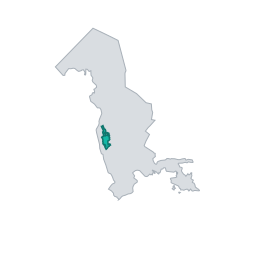 location of Jondor, Bukhoro, Uzbekistan, rotated 39°
{"feature_id": "79887680B67164743475948", "entity_name": "Jondor", "entity_type": "district", "adm_level": 2, "iso_a3": "UZB", "parent_name": "Uzbekistan", "parent_adm1": "Bukhoro", "projection": "orthographic", "projection_center": [63.66, 39.945], "detail": "fine", "context": "in_parent", "style": "filled", "palette": "teal", "viewbox_px": 256, "rotation_deg": 39, "n_neighbors": 0, "source": "geoboundaries", "source_scale": "gbopen_adm2", "svg_char_len": 5162}
<svg xmlns="http://www.w3.org/2000/svg" viewBox="0 0 256 256"><g transform="rotate(39 128 128)"><path d="M194.6,114.4L197.9,112.4L199.9,113.4L200.1,114.0L198.1,115.4L196.3,116.3L195.8,117.9L194.0,118.7L192.3,121.1L189.4,123.6L189.4,124.0L189.7,124.4L190.7,124.6L192.8,125.7L194.7,124.8L195.1,124.9L195.7,125.6L196.4,127.6L197.3,128.1L200.1,128.9L202.2,128.7L203.3,129.1L203.4,128.9L203.3,125.8L204.2,126.3L205.1,125.8L205.3,124.3L205.1,123.3L205.7,122.7L206.1,123.0L206.2,123.9L207.3,124.4L208.1,125.9L208.5,127.5L210.4,127.8L211.1,127.4L211.7,127.6L212.1,129.7L212.4,129.8L214.0,129.3L215.7,130.0L217.5,131.5L219.4,131.4L219.9,131.6L221.2,131.2L222.8,131.5L222.9,131.8L222.7,132.2L219.1,134.6L218.2,136.1L217.4,136.6L215.1,136.0L214.9,136.9L215.3,137.7L214.9,138.7L213.7,138.4L213.4,138.0L212.3,138.4L211.2,139.9L210.6,141.2L209.4,141.7L207.9,143.0L207.1,142.1L205.9,142.4L204.2,141.5L203.4,141.4L196.2,143.3L195.6,143.1L194.7,141.6L192.9,140.8L192.9,140.0L196.3,136.4L196.7,135.3L195.4,134.8L195.5,133.9L192.9,131.4L192.5,131.3L192.2,131.4L191.4,133.5L185.2,137.4L184.3,137.1L182.8,135.9L181.8,135.5L180.7,136.7L180.8,138.0L179.7,139.1L181.0,142.5L180.9,143.0L180.1,143.1L180.8,144.4L180.3,144.6L177.2,144.3L173.6,145.3L173.8,145.9L177.0,145.6L177.4,145.8L177.5,146.2L177.3,146.5L175.7,146.9L175.5,147.5L176.5,149.0L176.1,149.3L175.5,149.1L175.1,150.1L174.0,150.1L173.6,153.2L172.7,154.3L171.5,154.8L163.8,153.8L161.8,154.9L160.6,156.3L159.8,159.6L159.9,160.0L163.3,161.1L163.9,163.1L167.9,163.0L168.6,163.3L168.9,163.8L169.2,164.4L168.2,167.7L168.8,170.5L169.5,171.8L172.0,174.2L171.9,175.6L171.5,176.9L170.8,178.0L170.1,178.5L169.2,179.9L168.4,181.6L166.8,183.9L166.3,185.2L166.2,188.7L165.8,189.8L165.7,189.4L165.1,189.0L163.3,189.0L162.9,188.6L160.7,189.5L159.2,189.2L157.7,187.8L154.8,187.3L151.3,187.8L151.0,184.1L151.1,181.4L152.2,179.2L152.2,178.8L151.6,178.0L149.4,177.5L146.9,175.9L144.5,174.8L143.2,174.5L141.7,175.1L140.4,175.0L134.1,170.7L128.8,167.6L125.2,164.3L123.5,164.7L119.0,161.7L116.0,158.5L106.4,151.3L104.5,149.6L104.1,148.7L103.4,144.3L102.5,142.3L101.3,141.2L100.3,139.1L98.8,134.0L98.3,133.0L95.5,130.8L93.9,130.2L92.6,130.6L92.0,131.4L91.0,131.5L86.9,130.5L82.3,130.7L78.4,127.9L78.2,127.5L78.2,126.8L79.0,125.1L78.9,124.3L78.4,123.5L78.5,122.6L78.8,122.2L79.6,122.3L79.9,122.0L79.8,121.6L78.9,120.5L77.1,119.4L77.5,118.8L77.7,117.1L78.0,116.3L77.8,115.9L76.4,114.7L72.0,114.4L71.0,114.0L70.2,113.5L69.4,111.6L69.0,111.1L66.0,110.2L63.1,106.9L62.4,108.3L61.8,108.5L59.4,108.0L58.2,108.8L60.9,112.2L61.5,113.2L61.4,113.8L60.6,113.9L59.9,112.3L59.5,111.8L56.8,110.8L55.8,111.7L55.5,113.0L54.1,115.0L52.7,115.3L49.4,115.2L48.4,115.6L47.7,116.1L46.3,117.9L44.5,119.2L44.7,125.2L45.7,126.8L44.5,128.0L33.1,126.2L38.0,72.5L53.9,68.7L65.2,66.2L89.9,84.3L90.5,85.0L90.8,86.5L91.4,87.6L100.0,97.8L113.0,95.9L126.1,97.0L131.0,94.6L135.0,98.9L137.4,100.4L140.9,106.7L144.1,105.0L143.7,112.6L143.4,114.9L143.5,119.5L148.8,119.5L150.2,126.8L151.6,131.4L152.7,131.9L162.9,130.8L163.7,131.1L165.1,130.6L166.1,132.0L167.2,132.9L166.6,136.2L167.9,137.4L170.8,138.8L172.6,138.6L172.9,138.1L172.8,137.3L172.3,136.6L172.3,135.6L172.5,134.9L174.1,132.4L176.7,129.8L177.3,128.9L177.4,127.4L178.3,126.5L180.6,125.4L180.9,124.6L183.7,122.5L186.8,121.1L188.2,120.0L189.5,118.0L191.4,115.9L192.2,115.9L192.8,116.4L193.3,116.4L194.6,114.4ZM195.3,132.5L194.9,131.6L194.4,131.3L194.1,131.4L195.0,132.5L195.3,132.5ZM202.8,147.3L200.6,147.4L200.8,146.0L200.0,145.4L199.8,144.7L199.9,144.0L200.4,143.7L201.1,144.7L202.8,145.0L202.3,146.0L202.8,147.1L202.8,147.3ZM209.2,145.2L208.9,146.5L207.9,146.1L208.0,145.7L209.2,145.2Z" fill="#d9dde1" stroke="#a8b0b8" stroke-width="1"/><path d="M113.6,145.6L113.5,145.3L112.6,144.3L111.2,143.4L110.9,143.5L110.7,143.7L109.8,143.5L107.0,141.9L106.8,142.5L106.8,143.1L106.4,143.5L107.5,144.1L109.0,144.8L110.2,145.4L111.1,146.1L110.8,147.0L111.7,147.8L112.7,148.3L113.3,148.8L113.7,149.5L114.2,149.7L114.2,150.0L113.8,150.8L113.4,151.0L113.6,152.0L114.3,152.0L114.9,152.3L115.8,152.9L116.4,153.5L116.8,154.3L117.7,154.9L117.9,155.3L118.0,155.6L118.4,155.8L118.6,156.0L119.1,156.2L119.3,156.1L119.5,156.2L119.9,155.9L120.2,155.5L120.4,155.5L120.0,156.1L120.3,156.3L120.6,155.9L120.8,155.6L121.0,155.6L121.0,155.8L120.9,156.0L121.6,156.1L122.0,156.1L121.7,157.1L123.1,157.8L124.4,158.3L124.5,157.8L124.6,156.8L124.5,155.8L124.5,154.9L124.5,154.5L124.7,154.3L124.9,153.9L124.8,153.5L124.8,153.0L124.9,152.7L125.0,152.5L125.1,152.3L124.9,152.2L124.6,152.5L124.5,152.2L124.2,152.3L124.2,151.9L123.9,152.0L123.6,152.1L123.7,152.4L123.5,152.6L123.0,153.0L122.9,153.3L120.5,150.9L121.1,149.6L121.0,149.2L121.0,148.4L120.4,148.2L120.4,147.9L119.6,147.3L119.6,146.8L119.3,146.7L118.8,146.7L118.3,146.0L118.2,145.4L117.6,145.4L117.2,144.8L116.6,144.3L116.4,144.6L115.4,144.3L114.8,144.6L114.8,144.9L114.7,145.0L114.7,145.3L114.6,145.5L115.6,145.4L115.9,145.7L117.2,145.7L117.6,146.0L117.4,146.4L116.9,146.5L116.6,146.9L115.7,147.1L115.3,147.6L115.3,148.0L115.2,148.6L114.9,148.6L114.8,148.0L114.9,147.5L113.8,146.7L113.0,146.8L112.8,146.6L113.0,146.0L113.5,145.9L113.6,145.6Z" fill="#14b8a6" stroke="#0f766e" stroke-width="1.5"/></g></svg>